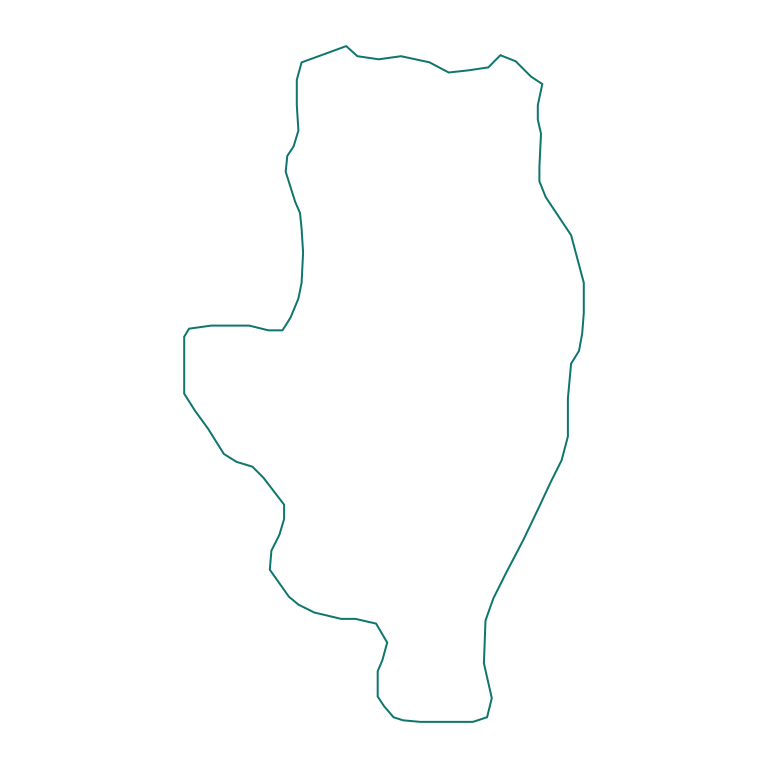 outline of Yeongdeok-gun, North Gyeongsang, South Korea
{"feature_id": "91817680B91067436457746", "entity_name": "Yeongdeok-gun", "entity_type": "district", "adm_level": 2, "iso_a3": "KOR", "parent_name": "South Korea", "parent_adm1": "North Gyeongsang", "projection": "mercator", "projection_center": [129.302, 36.465], "detail": "fine", "context": "isolated", "style": "outline", "palette": "teal", "viewbox_px": 768, "rotation_deg": 0, "n_neighbors": 0, "source": "geoboundaries", "source_scale": "gbopen_adm2", "svg_char_len": 1204}
<svg xmlns="http://www.w3.org/2000/svg" viewBox="0 0 768 768"><path d="M346.2,46.1L301.6,62.4L296.8,79.8L296.8,105.2L298.4,130.6L293.6,146.4L287.3,155.9L285.7,171.8L295.2,201.9L300.0,213.0L301.6,228.8L303.1,252.6L301.6,282.8L298.4,298.6L290.5,317.6L282.5,330.3L268.3,330.3L249.2,325.6L211.2,325.6L189.0,328.7L185.8,334.1L184.2,336.7L184.2,393.7L195.3,411.2L208.0,428.6L223.9,454.0L236.6,461.9L252.4,466.7L263.5,477.8L284.1,504.7L284.1,519.0L279.4,534.8L271.4,550.7L269.8,569.7L288.9,596.7L298.4,604.6L314.2,612.5L338.2,618.2L341.2,618.9L349.1,618.9L355.5,618.9L376.1,623.6L387.2,642.6L382.4,660.1L377.7,671.2L377.7,696.6L384.0,706.1L393.5,717.2L403.0,720.3L420.5,721.9L442.7,721.9L472.8,721.9L479.0,719.9L487.1,717.2L491.8,698.1L483.9,663.3L485.5,620.5L493.4,598.3L506.1,572.9L523.5,539.6L539.4,506.3L550.5,482.5L561.6,460.3L567.9,436.5L567.9,420.7L567.9,398.5L571.1,363.6L579.0,350.9L582.2,333.5L583.8,312.9L583.8,282.8L571.1,235.2L552.1,206.7L545.7,197.1L539.4,181.3L539.4,167.0L541.0,133.7L537.8,119.5L537.8,105.2L542.3,84.1L530.9,76.5L515.7,61.3L500.4,55.2L488.3,67.4L468.0,70.4L448.7,72.5L429.4,62.3L401.0,56.2L378.7,59.3L357.4,56.2L346.2,46.1Z" fill="none" stroke="#0f766e" stroke-width="2"/></svg>